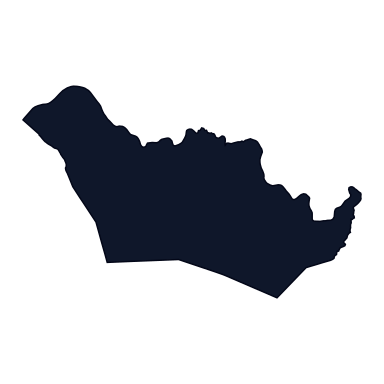 the district of Campo Alegre de Lourdes, Bahia, Brazil
{"feature_id": "56859067B47282547771310", "entity_name": "Campo Alegre de Lourdes", "entity_type": "district", "adm_level": 2, "iso_a3": "BRA", "parent_name": "Brazil", "parent_adm1": "Bahia", "projection": "mercator", "projection_center": [-43.073, -9.544], "detail": "fine", "context": "isolated", "style": "filled", "palette": "ink", "viewbox_px": 384, "rotation_deg": 0, "n_neighbors": 0, "source": "geoboundaries", "source_scale": "gbopen_adm2", "svg_char_len": 3885}
<svg xmlns="http://www.w3.org/2000/svg" viewBox="0 0 384 384"><path d="M218.9,138.2L216.9,137.9L215.7,137.2L215.2,136.0L214.8,135.0L213.8,133.7L212.7,133.8L211.3,132.9L209.7,133.4L208.8,132.8L207.7,133.0L206.5,130.3L204.8,130.5L203.7,128.5L201.7,127.9L200.1,130.4L198.5,130.6L197.8,133.0L196.1,133.3L193.7,130.9L191.6,129.3L189.8,129.1L188.2,129.5L186.7,130.5L186.4,131.6L186.0,134.8L185.6,136.1L184.6,138.2L182.3,142.2L181.3,143.1L178.8,144.6L175.2,145.9L174.0,145.7L173.0,144.9L172.4,143.0L171.9,141.0L169.9,138.8L168.8,138.2L167.3,138.1L165.7,138.4L161.8,139.3L160.4,140.2L158.9,141.8L157.9,142.3L156.8,142.7L155.1,142.7L153.9,142.6L152.1,142.5L147.5,143.1L146.5,144.9L145.8,146.5L143.9,147.3L142.2,146.8L141.3,145.9L140.5,144.5L139.6,141.4L138.7,139.5L137.9,138.2L137.0,137.1L135.6,136.2L130.5,134.5L128.9,132.6L126.7,129.5L124.8,127.7L123.7,127.0L122.4,126.4L119.3,126.1L117.3,126.6L116.2,126.6L115.1,126.2L114.1,125.6L113.1,124.9L109.8,121.3L107.5,119.1L105.4,115.9L104.0,114.1L102.8,111.8L101.8,109.5L100.6,106.2L99.1,103.9L97.1,101.5L90.4,92.5L88.6,90.6L84.8,88.2L82.7,87.5L79.7,86.8L77.2,86.4L73.4,86.2L71.0,86.6L67.3,87.9L62.9,90.6L59.8,93.6L55.0,98.7L52.6,100.8L50.4,102.5L48.4,103.6L46.9,104.0L45.7,104.2L42.8,104.4L38.1,105.7L35.1,106.9L32.8,108.5L24.2,118.3L23.0,119.9L38.9,134.0L39.3,135.3L40.3,136.1L41.5,137.6L42.3,138.6L43.6,140.1L45.0,141.6L46.1,142.3L47.0,143.1L48.4,144.1L50.0,145.0L51.6,145.9L53.1,147.1L54.4,148.0L56.5,148.6L57.9,149.2L58.8,150.6L59.7,152.2L60.3,153.1L60.8,154.4L61.7,155.7L62.8,157.4L63.9,158.7L64.6,159.7L65.2,161.4L65.8,162.7L66.3,164.6L66.2,166.5L65.5,168.0L65.8,170.0L66.5,171.7L67.2,172.9L69.5,178.5L72.8,186.7L80.1,198.0L83.0,202.3L96.0,222.1L98.5,231.1L101.7,242.7L104.9,253.9L107.2,262.4L111.4,262.2L132.9,261.3L178.6,259.5L183.9,261.3L215.4,271.9L222.5,274.4L224.8,275.3L277.0,297.8L306.1,267.6L311.4,266.0L317.5,264.2L322.0,262.8L330.6,260.3L332.7,259.3L334.0,258.3L334.2,257.2L334.8,255.6L336.5,254.6L336.7,252.6L337.2,251.2L338.6,251.1L339.1,249.8L339.7,248.6L340.4,247.7L341.9,247.1L343.6,246.4L344.9,245.7L345.4,244.3L344.3,243.2L343.5,242.4L344.0,241.0L345.0,240.1L345.8,239.1L346.9,237.9L347.3,236.1L347.7,235.0L348.6,233.8L349.4,232.9L350.4,232.4L350.0,231.1L350.1,229.5L350.6,227.8L350.5,226.2L350.6,224.3L351.2,222.9L351.1,221.6L351.1,220.5L351.1,219.1L352.3,219.4L353.1,218.5L354.3,217.9L354.1,216.2L353.2,214.9L353.6,213.4L353.7,212.0L354.1,210.2L353.6,209.0L353.2,207.6L354.0,206.5L355.4,205.5L356.5,204.6L357.3,203.9L358.4,202.8L359.5,201.5L360.5,200.2L361.0,198.7L360.8,197.3L360.8,196.0L361.0,194.6L360.7,193.2L358.8,191.9L356.3,189.7L354.9,188.8L353.7,187.6L352.3,186.9L350.9,186.8L349.1,187.6L348.7,189.5L349.7,193.0L350.8,194.7L350.5,196.7L349.3,198.2L345.1,201.1L342.2,205.2L341.3,206.3L339.7,207.2L336.8,208.2L335.4,209.3L334.7,211.4L334.2,217.0L332.8,219.2L331.0,220.2L327.3,220.4L325.4,220.8L323.6,220.8L320.0,221.4L318.2,221.3L314.2,221.2L312.7,220.4L312.2,218.9L312.2,213.9L312.1,212.6L311.3,210.8L309.9,208.5L309.0,205.9L308.8,204.0L309.0,201.8L309.6,198.2L308.9,197.0L305.8,194.2L303.7,193.8L302.3,194.2L301.1,194.7L299.5,195.9L296.5,198.5L295.1,199.3L294.1,199.6L292.9,199.4L292.0,198.8L290.3,196.0L288.9,193.9L286.0,190.7L285.3,189.6L283.1,186.9L281.6,185.5L280.2,185.0L278.3,184.8L272.6,185.8L270.1,185.0L267.0,183.3L266.1,182.4L264.2,179.5L263.8,177.7L264.0,176.2L263.8,174.2L263.2,172.5L262.7,171.1L261.2,168.0L260.2,164.3L260.0,163.0L259.9,161.4L259.9,159.5L260.7,156.4L262.3,152.1L262.1,150.6L261.6,148.9L261.0,148.0L260.1,146.6L259.2,144.8L257.5,142.1L256.3,141.1L255.4,140.6L252.7,139.7L250.4,138.8L248.5,139.4L247.1,139.9L245.5,140.3L243.5,141.8L241.9,141.1L240.4,141.9L237.9,141.9L233.9,142.9L231.4,143.7L229.9,143.5L228.2,143.1L226.7,143.2L225.2,145.2L224.9,143.7L225.3,141.1L225.2,138.8L224.5,137.2L223.7,136.4L222.1,136.0L218.9,138.2Z" fill="#0f172a" stroke="#020617" stroke-width="1.5"/></svg>